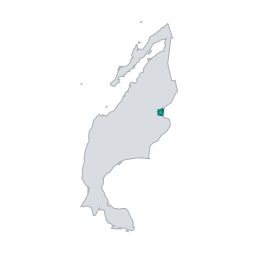 Manuel Benavides, Chihuahua, Mexico shown in context, rotated 77°
{"feature_id": "50627088B76577839440191", "entity_name": "Manuel Benavides", "entity_type": "district", "adm_level": 2, "iso_a3": "MEX", "parent_name": "Mexico", "parent_adm1": "Chihuahua", "projection": "mercator", "projection_center": [-103.724, 28.922], "detail": "fine", "context": "in_parent", "style": "filled", "palette": "teal", "viewbox_px": 256, "rotation_deg": 77, "n_neighbors": 0, "source": "geoboundaries", "source_scale": "gbopen_adm2", "svg_char_len": 4751}
<svg xmlns="http://www.w3.org/2000/svg" viewBox="0 0 256 256"><g transform="rotate(77 128 128)"><path d="M35.2,65.7L50.5,64.4L49.8,65.9L74.0,74.8L92.1,74.8L92.1,71.4L103.3,71.5L105.2,73.9L113.1,80.3L115.0,85.7L116.4,87.8L123.7,92.0L126.0,90.4L127.8,86.5L130.0,85.6L135.3,86.3L139.7,90.7L142.6,96.9L147.6,102.5L147.9,106.0L150.2,110.4L161.2,114.5L162.7,113.8L159.3,124.9L158.2,138.0L158.7,140.8L161.6,144.5L161.0,146.5L161.2,144.5L158.8,141.3L159.5,144.2L162.4,150.3L167.1,156.1L168.1,159.6L171.4,163.3L170.5,163.2L172.4,164.0L171.8,163.5L175.2,164.0L177.7,165.2L179.8,167.6L185.6,165.8L189.9,165.5L192.7,164.1L195.7,163.9L196.3,164.4L196.1,165.1L198.5,165.6L200.1,164.5L199.7,162.6L198.9,163.1L199.1,162.7L203.5,159.6L203.8,157.0L205.1,155.5L205.2,151.4L206.0,148.3L209.4,146.5L215.4,145.5L218.0,144.5L221.0,144.2L225.8,145.3L226.2,144.6L224.9,144.6L226.6,144.1L228.5,145.5L228.9,147.3L227.9,149.8L224.7,153.6L224.6,156.1L223.0,157.6L223.3,158.2L224.7,158.0L223.2,159.6L223.2,160.2L224.2,160.0L222.3,166.3L221.8,166.8L220.8,165.4L220.6,163.1L219.1,165.5L217.7,165.7L215.9,168.9L213.8,168.9L213.6,169.9L202.0,169.9L201.9,173.7L199.3,173.7L205.6,179.4L205.4,181.5L197.2,181.5L194.2,186.8L195.0,188.1L194.0,191.6L188.1,185.7L183.3,181.7L180.4,180.1L180.0,180.5L182.7,181.9L178.5,180.7L178.8,179.7L177.7,180.1L177.0,179.2L176.2,180.2L177.6,180.6L175.5,180.8L173.4,182.2L166.7,184.3L162.4,182.6L158.8,182.2L156.3,180.6L153.9,180.0L152.4,178.5L146.4,177.2L139.1,174.0L134.3,171.0L132.2,168.9L127.2,168.2L122.5,166.5L119.5,163.1L113.0,159.9L109.5,155.3L108.3,152.6L110.9,151.2L110.5,150.1L109.3,149.7L111.1,147.5L111.2,145.0L109.8,144.1L108.4,141.6L108.5,139.3L107.5,137.2L103.6,133.2L100.2,128.5L94.9,124.3L96.5,125.1L96.5,124.2L93.7,123.3L91.6,120.1L93.1,120.2L89.0,117.9L88.4,116.8L86.9,117.2L86.6,116.7L87.8,115.5L85.8,116.5L84.6,115.5L84.3,113.3L85.8,111.4L86.3,111.8L85.3,109.8L84.0,108.5L82.2,108.6L81.0,105.9L78.9,105.3L77.6,104.1L76.7,101.7L77.3,100.2L73.5,99.5L66.9,91.8L66.5,90.0L65.5,89.4L61.2,79.8L60.8,76.9L61.2,75.9L57.6,74.7L56.7,73.1L55.5,72.6L54.2,73.5L49.2,70.5L50.1,72.4L49.5,76.1L50.7,79.0L51.6,84.5L56.7,89.3L58.3,92.5L59.1,92.4L59.5,93.3L60.2,93.5L60.9,95.5L62.4,96.2L63.2,100.5L65.8,102.7L66.7,105.1L67.9,105.9L68.8,108.7L69.8,109.4L69.2,107.3L70.7,108.5L72.4,115.1L74.1,116.9L76.3,121.6L76.0,123.5L76.5,125.3L78.3,126.9L79.0,125.2L84.4,131.3L83.9,133.5L81.8,135.1L80.6,135.3L78.4,130.4L69.9,123.8L69.2,123.8L67.5,121.8L67.1,120.3L67.6,117.2L66.8,114.2L65.5,112.0L61.4,109.4L60.5,106.8L59.8,107.9L57.7,108.4L56.2,106.7L52.3,104.9L51.7,103.3L48.8,101.2L48.5,100.4L51.5,100.8L53.2,100.2L53.2,100.9L54.7,101.6L54.1,99.8L53.5,99.7L54.8,96.2L49.2,89.4L44.5,86.4L43.6,84.9L43.6,82.4L42.4,81.6L42.0,78.7L40.5,77.5L40.3,75.7L38.2,73.0L37.8,71.8L38.4,70.9L37.0,69.8L35.2,65.7ZM66.6,91.9L66.1,93.7L64.6,93.1L65.2,90.5L66.1,90.2L66.6,91.9ZM60.5,91.6L58.4,89.7L57.8,87.8L58.9,88.4L59.2,89.5L60.2,89.8L60.5,91.6ZM227.8,153.1L227.3,152.6L227.5,151.8L228.9,151.2L227.8,153.1ZM67.6,123.8L66.0,122.1L66.9,118.6L66.7,121.8L67.6,123.8ZM47.7,98.7L46.5,98.5L47.3,96.6L47.8,98.0L47.7,98.7ZM28.1,92.4L27.1,91.2L27.3,90.6L27.6,90.7L28.1,92.4ZM68.8,123.9L69.8,125.2L67.8,123.9L68.8,123.9ZM103.0,144.2L102.8,144.7L102.3,144.5L102.1,143.6L103.0,144.2ZM76.9,120.3L77.2,121.4L76.2,120.1L76.9,120.3ZM73.1,113.3L73.7,113.8L72.9,114.7L73.1,113.3ZM74.8,163.7L74.5,163.8L73.9,163.4L74.4,162.9L74.8,163.7ZM197.7,163.9L196.7,164.1L198.5,163.6L197.7,163.9ZM82.0,126.4L81.5,126.2L81.4,125.2L82.0,126.4Z" fill="#d9dde1" stroke="#a8b0b8" stroke-width="1"/><path d="M121.2,95.3L121.3,95.0L121.5,95.1L121.4,94.9L121.5,94.6L121.8,94.8L122.0,94.4L122.4,93.8L122.4,93.7L122.6,93.3L122.7,93.1L122.8,93.2L122.8,92.9L123.0,92.7L123.4,92.0L123.3,91.9L123.2,91.9L123.2,91.7L123.1,91.8L122.9,91.8L122.9,91.7L122.8,91.8L122.8,91.7L122.7,91.7L122.4,91.5L122.3,91.4L122.2,91.3L122.2,91.2L121.9,91.0L121.9,90.9L121.7,90.9L121.4,90.8L121.2,90.8L121.1,90.7L120.9,90.7L120.7,90.7L120.6,90.4L120.4,90.3L120.3,90.2L120.2,90.1L120.0,89.9L119.9,89.9L119.7,89.9L119.4,89.8L119.2,89.8L119.1,90.2L119.1,90.3L118.7,90.1L118.3,89.9L118.2,89.8L118.1,90.0L118.0,89.9L117.9,90.1L117.6,90.0L117.0,90.0L117.2,90.3L117.3,90.5L117.4,90.9L117.6,90.9L117.6,91.0L117.8,91.1L118.0,91.3L117.8,91.4L118.0,91.5L117.9,91.6L118.0,91.9L117.9,91.9L117.8,92.0L118.0,92.1L118.0,92.4L118.2,92.6L118.0,92.8L117.8,92.6L117.8,92.8L118.0,93.0L117.9,93.1L117.8,93.3L117.8,93.5L117.7,93.6L117.6,93.8L117.4,93.8L117.3,94.1L117.6,94.0L117.8,94.2L117.8,94.3L117.8,94.2L118.0,94.3L118.2,94.1L118.4,94.3L118.5,94.3L118.6,94.6L118.6,94.9L118.8,95.2L119.1,94.8L119.4,94.9L119.4,95.1L120.0,94.9L120.7,95.2L120.8,94.9L121.0,95.0L121.0,94.9L121.2,95.0L121.3,95.0L121.2,95.3Z" fill="#14b8a6" stroke="#0f766e" stroke-width="1.5"/></g></svg>